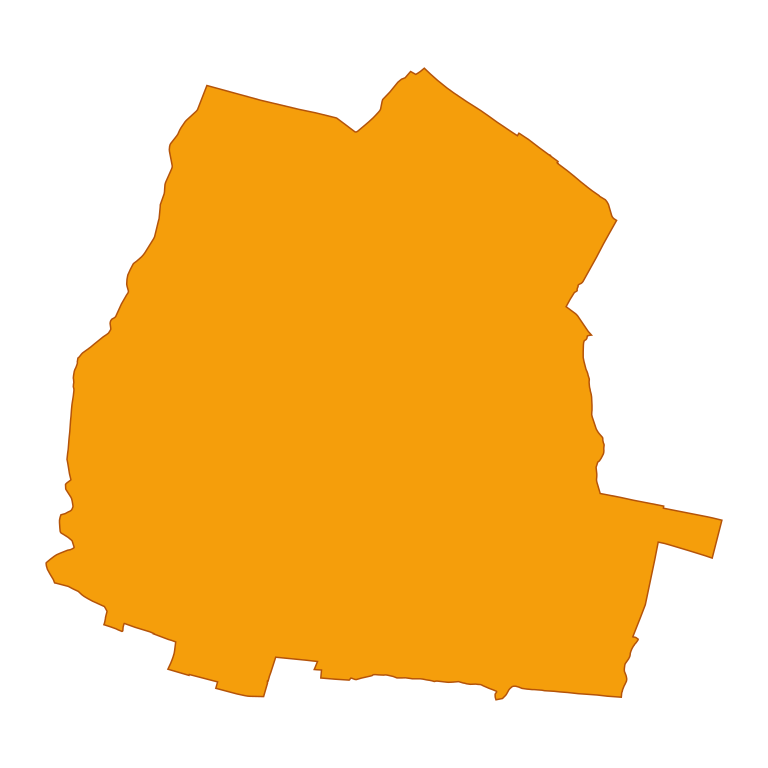 outline of Heiloo, Noord-Holland, Netherlands
{"feature_id": "6326949B43926966977356", "entity_name": "Heiloo", "entity_type": "district", "adm_level": 2, "iso_a3": "NLD", "parent_name": "Netherlands", "parent_adm1": "Noord-Holland", "projection": "orthographic", "projection_center": [4.712, 52.602], "detail": "fine", "context": "isolated", "style": "filled", "palette": "amber", "viewbox_px": 768, "rotation_deg": 0, "n_neighbors": 0, "source": "geoboundaries", "source_scale": "gbopen_adm2", "svg_char_len": 6022}
<svg xmlns="http://www.w3.org/2000/svg" viewBox="0 0 768 768"><path d="M410.6,71.5L405.1,77.8L401.5,79.2L397.9,82.2L389.8,92.1L382.7,99.5L382.1,101.4L380.6,109.0L379.9,110.5L378.3,112.4L373.4,117.6L368.5,122.1L357.6,131.3L356.5,131.9L355.7,132.0L354.9,131.8L337.0,118.3L336.2,117.9L315.5,112.8L298.7,109.3L260.5,100.2L206.9,85.5L197.5,109.7L196.3,111.2L186.5,120.2L185.2,121.6L181.1,127.6L179.7,130.1L177.8,134.3L176.7,135.9L170.8,143.4L170.1,144.6L169.6,146.5L169.3,149.6L169.5,151.6L172.2,165.6L172.2,167.1L171.6,168.9L165.6,182.4L165.0,184.5L164.7,188.2L164.5,191.7L164.2,193.7L160.3,204.7L160.2,207.1L159.1,218.6L158.5,220.7L154.6,236.7L153.7,238.6L144.8,252.9L143.3,254.9L141.6,256.8L136.6,261.2L133.5,263.5L132.8,264.7L130.4,269.3L127.8,275.0L127.0,279.3L126.7,284.2L127.1,286.4L128.3,290.6L128.4,291.7L128.0,292.9L126.5,295.1L121.4,304.0L115.8,316.3L115.3,317.0L114.5,317.7L112.3,318.9L111.7,319.3L110.8,320.6L110.4,321.6L110.2,322.5L110.1,323.5L110.7,327.9L110.8,329.1L110.4,330.1L108.5,333.1L106.7,334.5L103.1,336.9L94.2,344.1L90.5,347.2L82.5,353.0L81.3,354.3L79.3,356.9L77.9,358.1L77.5,360.6L77.3,361.6L77.4,362.6L77.3,363.5L77.1,364.2L75.9,367.5L74.9,369.5L74.6,370.4L74.3,371.2L73.6,375.2L73.4,377.0L73.3,378.0L73.6,379.8L73.8,382.6L73.5,384.1L73.3,386.7L73.9,389.0L73.9,390.7L73.3,395.9L72.0,404.3L71.5,409.3L71.0,416.3L70.6,420.1L69.8,431.4L69.0,439.1L68.2,449.3L67.6,453.6L67.1,458.3L67.0,459.5L67.2,460.3L67.8,463.4L69.5,473.9L70.9,479.7L70.8,480.0L67.1,482.7L65.7,484.1L65.5,484.5L65.7,488.7L65.9,489.4L71.0,497.4L71.6,498.7L72.2,501.2L73.0,506.1L72.9,506.9L72.3,508.5L71.7,509.7L71.1,510.4L69.9,511.2L68.1,512.0L65.2,513.6L60.9,514.8L60.1,517.3L59.5,520.1L59.5,522.7L59.8,527.3L60.1,530.7L60.3,531.8L60.7,532.4L61.1,533.0L62.8,534.0L67.9,537.2L71.4,540.1L72.1,540.8L74.0,546.8L74.1,547.6L73.2,548.3L71.5,549.2L70.3,549.7L67.6,550.2L60.6,553.0L56.7,554.7L54.2,556.3L50.4,559.2L46.3,562.6L46.1,563.4L46.4,565.9L47.4,569.3L49.8,573.7L53.4,579.7L54.6,582.9L56.5,583.3L68.3,586.4L72.8,588.8L78.3,591.4L81.7,594.6L84.1,596.4L87.8,598.6L92.6,601.2L104.3,606.5L105.1,607.7L106.9,611.0L107.0,611.6L106.1,615.0L105.5,617.5L105.4,618.7L104.9,621.3L104.4,623.3L103.9,624.7L110.1,626.7L116.0,628.8L118.0,629.8L121.9,631.4L122.3,631.3L122.8,630.8L123.1,627.1L123.9,624.1L124.2,623.5L124.5,623.5L135.1,627.3L150.1,631.9L153.9,633.6L153.6,633.9L168.5,639.5L171.6,640.4L175.7,641.9L174.6,650.7L174.2,653.2L173.0,657.2L171.9,660.2L170.7,663.2L167.9,669.2L189.0,675.4L189.3,674.5L217.6,681.9L215.8,688.3L236.8,693.9L244.7,695.6L247.5,696.1L249.9,696.3L263.6,696.6L267.6,682.8L267.3,682.3L267.5,681.0L268.1,681.1L269.5,676.0L270.8,672.4L275.7,657.2L306.1,660.2L317.5,661.5L315.2,667.2L314.2,669.5L316.2,669.7L321.5,670.0L320.8,678.0L335.1,679.2L349.1,680.1L349.5,679.9L350.6,678.3L350.9,678.1L351.9,678.3L354.8,679.4L356.2,679.6L361.4,678.1L370.7,676.0L372.3,675.5L372.6,675.3L372.8,675.0L373.3,674.7L375.3,674.6L378.8,674.9L383.5,675.1L385.5,674.9L387.2,675.1L392.5,676.3L393.3,676.5L396.9,677.9L402.2,677.9L405.4,677.8L410.6,678.5L412.3,678.8L420.3,678.8L422.8,679.1L426.7,679.9L429.5,680.3L431.9,680.8L434.3,681.5L436.1,681.1L437.4,681.1L447.0,682.2L448.7,682.3L453.0,682.1L458.6,681.6L463.2,683.0L464.7,683.2L465.2,683.4L466.7,683.8L470.3,684.3L475.8,684.1L477.9,684.4L480.0,684.5L481.0,684.7L481.5,684.9L483.2,685.8L489.2,688.4L493.0,689.8L496.3,691.2L496.5,691.6L496.7,691.9L495.2,694.0L495.1,694.8L495.2,695.4L495.1,695.8L495.3,697.5L496.0,699.8L502.5,698.5L505.7,695.3L506.6,694.0L508.9,689.8L510.0,688.5L512.1,686.7L513.1,686.3L514.3,686.2L515.6,686.2L518.6,687.0L522.0,688.4L527.1,689.1L528.5,689.2L532.3,689.6L534.3,689.6L541.9,690.2L544.5,690.7L554.3,691.3L559.8,691.9L567.7,692.5L578.4,693.7L584.6,694.1L597.1,695.0L607.4,696.2L621.3,697.2L621.7,692.8L622.3,691.2L622.6,689.7L624.2,685.7L624.9,684.5L625.2,683.8L626.4,681.3L626.7,679.8L626.7,678.6L626.3,676.4L625.9,675.1L624.4,671.3L624.3,669.8L624.4,668.2L624.8,665.1L625.0,664.3L625.3,663.6L628.6,658.9L629.5,657.1L629.8,656.4L630.1,655.1L630.3,653.2L630.9,651.3L631.9,648.8L633.4,646.1L634.1,645.3L634.4,644.6L636.0,642.8L637.8,640.3L638.2,639.2L636.0,637.6L635.2,637.3L634.5,637.1L633.3,637.0L632.8,636.8L640.7,616.8L645.3,604.8L654.7,560.0L658.2,542.1L664.7,543.5L670.3,545.1L688.7,550.6L705.1,555.7L712.2,558.1L721.9,520.2L712.4,517.9L706.8,516.7L663.4,508.2L663.7,506.1L633.3,500.2L620.5,497.4L600.2,493.5L597.6,484.6L596.9,482.3L596.6,480.8L596.5,479.4L596.7,477.4L596.8,475.9L596.8,474.1L596.1,467.5L596.3,466.6L597.0,464.6L597.3,463.5L597.7,462.3L598.0,461.9L599.4,460.9L601.2,458.2L603.3,454.1L603.7,452.8L603.9,450.8L603.8,449.4L603.8,448.0L604.1,445.2L604.0,444.3L603.4,442.9L603.1,441.6L602.8,440.2L602.8,438.8L602.7,437.9L602.4,437.3L599.5,434.0L598.3,432.5L597.0,430.4L596.2,428.9L592.3,417.2L591.7,414.7L591.8,412.0L592.0,410.2L592.0,405.6L591.6,397.0L591.2,394.3L590.3,390.9L590.1,389.4L589.6,387.5L589.4,385.9L589.1,382.2L589.3,379.6L589.2,378.7L588.1,375.3L587.8,373.8L587.2,372.0L586.0,369.3L585.5,367.4L583.9,361.2L583.2,357.5L583.2,351.8L583.4,345.0L583.6,342.9L583.9,341.7L584.2,340.9L584.8,340.4L586.1,339.5L586.5,338.9L586.8,338.5L587.4,335.9L589.6,335.3L591.5,335.1L588.2,331.4L587.1,329.8L577.6,315.8L576.7,314.8L575.8,313.9L566.1,306.7L570.2,299.2L574.4,292.5L576.9,291.0L577.2,290.4L577.1,289.1L577.3,288.4L578.0,286.8L578.1,286.4L578.0,285.8L578.1,285.4L578.4,284.9L579.2,284.3L581.1,283.4L582.2,282.5L583.0,281.5L596.4,257.4L603.4,244.0L609.4,233.2L616.6,220.4L613.9,218.7L613.0,217.8L612.2,216.7L611.7,215.6L608.9,206.0L608.6,204.9L608.1,203.8L606.9,201.7L605.4,199.8L599.6,196.3L599.1,195.6L592.3,190.9L587.6,187.3L580.6,181.7L574.7,176.7L566.9,170.4L557.7,163.5L558.0,163.2L557.2,162.5L558.0,161.5L550.0,155.6L550.3,155.3L549.6,154.9L548.9,154.8L539.1,147.6L528.8,139.7L519.8,133.7L518.9,133.2L517.4,135.7L512.6,132.6L497.0,122.1L489.4,116.6L480.8,110.6L466.8,101.7L453.6,92.8L447.0,88.0L437.7,80.5L430.5,74.1L424.3,68.2L420.3,71.5L418.4,72.8L415.8,74.4L410.6,71.5Z" fill="#f59e0b" stroke="#b45309" stroke-width="1.5"/></svg>